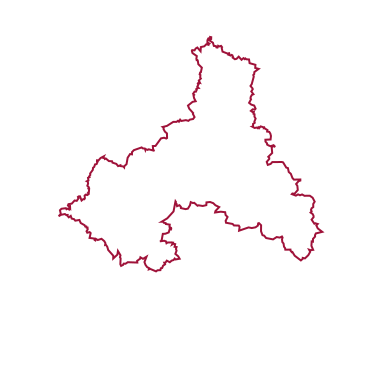 the district of Mascota, Jalisco, Mexico, rotated 326°
{"feature_id": "50627088B69459727871118", "entity_name": "Mascota", "entity_type": "district", "adm_level": 2, "iso_a3": "MEX", "parent_name": "Mexico", "parent_adm1": "Jalisco", "projection": "mercator", "projection_center": [-104.884, 20.553], "detail": "fine", "context": "isolated", "style": "outline", "palette": "rose", "viewbox_px": 384, "rotation_deg": 326, "n_neighbors": 0, "source": "geoboundaries", "source_scale": "gbopen_adm2", "svg_char_len": 6043}
<svg xmlns="http://www.w3.org/2000/svg" viewBox="0 0 384 384"><g transform="rotate(326 192 192)"><path d="M283.4,229.5L284.9,225.8L283.8,224.5L284.1,218.4L283.3,217.4L275.3,212.1L272.9,212.7L270.0,211.9L270.8,208.8L274.5,207.8L275.1,207.0L274.9,205.5L280.3,204.5L283.0,199.6L284.9,199.3L286.2,201.1L285.8,198.8L282.8,198.0L281.5,196.2L280.8,194.7L281.4,193.7L281.1,191.3L282.1,189.7L286.5,192.4L288.8,189.7L289.6,187.4L289.7,185.4L288.1,183.9L289.2,182.8L287.8,179.9L288.0,179.0L287.3,179.0L287.6,178.5L285.6,176.0L283.4,176.6L283.5,175.6L282.1,175.7L282.0,174.9L279.7,173.9L278.5,171.5L279.3,171.8L280.7,169.7L282.7,169.7L283.1,168.5L285.8,166.7L285.9,164.5L287.3,162.5L286.7,161.5L288.0,160.2L287.0,159.7L286.2,157.7L288.6,157.4L290.2,158.8L291.3,158.5L291.9,155.1L290.0,152.7L289.2,150.0L292.8,148.1L292.9,147.0L294.0,145.9L295.9,145.0L297.6,145.3L297.4,141.8L299.9,140.7L300.1,140.0L299.8,136.8L301.8,136.0L307.7,130.9L308.2,129.3L309.4,129.1L310.8,127.4L316.1,127.2L313.8,124.5L315.7,122.0L311.8,117.4L313.4,114.0L311.3,112.4L310.9,111.1L310.0,111.3L309.5,109.8L307.0,110.1L306.4,105.9L303.4,106.5L301.8,105.9L300.9,103.4L301.5,103.2L301.9,101.2L301.5,100.5L300.4,100.6L299.1,98.7L300.1,98.6L300.4,97.7L298.9,97.1L295.8,92.7L297.3,88.9L297.9,88.7L297.8,87.1L295.9,86.5L295.4,85.4L293.9,86.5L293.1,85.8L293.4,84.4L291.8,83.1L292.8,80.0L291.2,75.9L291.6,75.3L293.4,75.9L294.5,74.4L293.9,73.8L293.7,74.5L291.4,73.8L289.7,74.8L288.4,76.6L289.4,78.7L288.8,78.8L288.8,77.9L288.0,77.9L287.7,78.9L286.5,77.5L283.7,78.1L280.4,76.8L277.8,80.1L277.2,75.2L275.3,75.1L273.3,76.0L271.5,74.5L270.8,74.9L270.1,77.1L272.0,82.0L270.1,84.0L269.6,85.3L270.3,85.7L270.2,86.5L268.7,89.6L269.7,94.4L266.3,97.7L265.6,97.5L264.1,98.8L264.4,99.7L262.8,101.7L262.8,102.9L260.0,103.4L259.7,105.5L259.2,104.7L257.9,105.2L258.3,105.9L257.4,105.8L257.4,106.5L255.5,107.5L255.6,109.2L254.8,108.5L254.5,109.1L253.0,109.1L253.0,110.0L251.3,111.0L250.3,110.2L247.8,111.2L248.1,112.7L247.2,112.9L246.2,115.4L245.8,118.8L242.9,117.6L237.0,118.1L236.3,121.4L237.1,127.2L236.4,127.7L236.0,131.3L233.7,132.1L230.7,130.8L228.8,131.0L227.1,129.0L222.8,127.1L222.6,125.4L220.5,126.4L220.2,125.1L218.4,125.2L215.7,123.4L208.2,123.2L204.1,121.7L204.5,122.9L203.6,123.8L203.3,126.8L204.0,129.4L201.5,133.3L200.6,133.3L199.2,131.4L196.3,130.2L187.5,133.4L185.2,132.0L183.4,135.3L183.9,136.9L180.0,132.4L178.8,132.3L177.6,130.6L176.8,131.2L177.2,129.6L175.5,128.2L175.2,126.9L167.2,124.8L164.5,125.4L163.3,127.2L161.9,125.9L157.8,127.6L153.3,132.3L150.1,132.8L149.5,133.6L149.3,132.4L147.2,130.5L147.6,129.8L145.2,129.2L145.0,126.4L142.5,123.2L142.9,121.8L140.4,119.9L139.3,116.1L138.2,115.9L138.4,115.2L137.3,113.9L138.8,113.1L135.2,112.7L132.2,113.5L131.0,112.6L130.4,113.4L131.0,113.9L128.5,115.5L127.0,114.9L125.0,116.5L123.5,116.6L122.1,118.2L117.9,119.7L117.2,121.0L115.4,121.6L115.3,122.4L113.7,122.1L112.6,124.5L110.9,124.3L111.4,125.2L110.5,127.0L108.7,128.3L109.1,130.4L108.1,131.1L108.6,131.7L106.8,134.0L105.4,134.5L105.9,135.1L105.3,135.9L103.5,136.0L102.3,134.7L100.9,135.0L99.7,137.3L98.7,137.8L97.9,137.1L95.7,137.3L96.7,132.9L95.7,132.3L94.7,132.3L94.3,133.8L91.5,134.9L89.9,133.4L85.8,134.4L82.8,133.0L81.6,133.8L81.8,134.8L83.0,135.4L81.7,137.6L81.5,136.8L80.3,137.7L80.0,136.4L78.3,136.1L78.4,134.9L74.4,132.9L72.3,133.3L71.0,136.8L67.9,137.5L70.7,137.7L74.3,139.2L74.7,140.5L76.0,141.4L75.4,141.9L75.7,144.1L78.1,144.0L77.4,146.8L79.0,148.5L79.2,150.5L83.0,152.2L82.4,155.5L84.4,159.5L84.2,161.0L85.1,161.5L84.7,162.6L85.5,163.1L84.6,164.7L82.6,165.6L82.4,167.2L84.7,168.0L85.0,169.4L81.4,172.8L84.9,175.9L84.4,177.3L84.8,178.1L86.1,177.1L87.0,179.1L90.8,180.2L91.8,183.7L91.6,186.0L90.5,187.2L91.1,187.3L91.1,190.1L90.1,193.2L91.1,200.8L89.5,203.1L95.1,202.2L97.6,199.5L97.3,204.5L95.8,205.8L95.7,207.1L92.2,211.8L91.9,213.6L94.1,213.9L95.3,213.2L96.8,214.3L99.5,214.3L107.2,219.9L108.0,218.4L111.6,218.3L112.7,217.3L114.0,220.0L118.1,220.2L113.4,223.5L112.7,226.4L112.8,229.2L113.9,231.2L113.0,232.0L114.3,232.3L117.8,237.7L119.6,237.6L122.1,239.1L123.5,237.8L124.8,238.3L126.8,236.9L129.2,236.9L129.5,235.1L130.5,235.7L132.7,234.8L134.3,237.8L136.7,237.5L138.7,238.1L140.4,237.5L140.6,238.7L144.4,240.4L144.6,237.6L143.6,234.0L146.4,232.0L146.8,230.3L148.4,229.0L146.9,227.7L148.9,225.8L147.7,224.5L146.2,224.4L147.9,223.3L146.9,222.4L143.5,220.2L142.2,220.2L142.8,218.4L141.7,216.9L137.7,214.9L138.8,215.4L140.2,214.7L144.4,210.4L146.6,211.7L150.1,212.5L152.8,210.2L153.6,211.3L154.2,210.9L154.6,210.1L153.8,208.3L155.3,206.6L152.4,203.9L152.8,203.1L151.4,201.7L151.4,200.4L150.3,199.7L156.8,200.0L165.8,197.8L173.1,190.5L173.1,191.3L171.7,192.4L172.5,193.2L171.7,195.4L174.2,195.9L174.5,198.0L173.8,199.1L177.1,202.6L179.3,203.5L183.0,201.8L185.3,199.7L186.6,201.7L187.8,202.2L188.9,206.5L190.0,206.7L193.1,209.6L196.5,210.9L198.2,208.7L201.4,210.4L203.4,213.2L204.0,216.1L206.1,219.7L200.8,220.9L199.7,221.9L204.8,224.4L208.2,227.3L207.0,229.8L207.5,232.6L203.8,234.7L203.0,236.5L207.8,241.2L208.1,243.2L212.0,246.0L211.9,247.6L209.4,250.4L219.1,253.0L221.4,255.3L224.9,256.8L227.8,256.7L229.3,255.0L230.1,255.2L230.7,258.2L227.3,263.1L226.3,267.2L227.4,268.5L227.7,271.6L232.7,276.6L237.0,276.7L239.3,278.9L241.7,279.2L241.6,280.4L240.2,281.5L238.9,284.0L239.1,285.9L237.7,288.8L237.8,290.6L237.1,292.0L241.4,294.8L240.9,295.6L241.1,297.8L241.7,297.9L241.5,302.2L244.0,309.6L246.5,309.3L247.0,308.6L248.5,310.2L253.1,309.4L256.5,307.7L256.8,305.3L257.7,306.5L260.1,307.7L260.9,303.4L263.6,299.9L264.5,300.8L266.1,298.5L269.1,297.8L269.8,296.6L271.5,295.6L277.7,297.9L275.9,292.5L276.4,289.2L278.3,288.8L276.7,286.8L275.7,286.7L275.7,281.8L278.8,280.8L279.5,279.5L279.7,277.6L278.8,275.3L280.4,274.9L280.6,273.4L282.0,272.4L284.1,272.3L285.8,269.7L288.3,268.6L288.8,264.2L287.6,261.0L283.1,258.0L281.9,255.6L279.7,255.1L278.6,253.3L276.1,253.1L273.6,249.6L274.4,249.4L276.0,250.8L280.8,249.5L282.8,245.8L282.8,243.6L286.4,242.6L288.2,243.1L288.8,242.2L283.4,238.7L283.1,236.6L284.1,232.2L283.4,229.5Z" fill="none" stroke="#9f1239" stroke-width="2"/></g></svg>